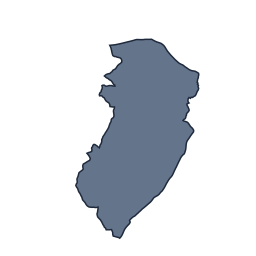 Emuhaya, Western, Kenya (orthographic projection), rotated 134°
{"feature_id": "3690345B95240919244140", "entity_name": "Emuhaya", "entity_type": "district", "adm_level": 2, "iso_a3": "KEN", "parent_name": "Kenya", "parent_adm1": "Western", "projection": "orthographic", "projection_center": [34.617, 0.08], "detail": "fine", "context": "isolated", "style": "filled", "palette": "slate", "viewbox_px": 256, "rotation_deg": 134, "n_neighbors": 0, "source": "geoboundaries", "source_scale": "gbopen_adm2", "svg_char_len": 4440}
<svg xmlns="http://www.w3.org/2000/svg" viewBox="0 0 256 256"><g transform="rotate(134 128 128)"><path d="M216.0,63.5L215.4,62.5L214.8,61.4L214.0,59.9L213.2,58.4L213.0,57.4L211.1,57.5L209.5,57.8L208.0,58.3L206.9,58.7L205.4,59.3L204.0,59.8L202.3,60.2L200.6,60.4L198.6,60.5L197.4,60.5L195.8,60.5L194.1,61.1L193.5,62.6L192.4,62.8L191.0,62.8L189.5,62.7L188.0,62.5L186.7,62.0L185.4,61.9L184.2,61.9L182.3,61.7L180.9,61.7L179.7,61.6L178.2,61.5L176.3,61.5L175.0,61.3L173.4,61.1L172.3,61.0L170.5,60.8L168.7,60.7L167.0,60.5L165.1,60.4L163.8,60.5L162.1,60.7L160.5,61.0L158.8,60.7L157.1,60.2L156.0,59.8L154.0,59.6L152.1,59.8L151.0,59.8L149.6,59.7L148.4,59.9L147.1,60.1L145.4,60.5L143.6,61.0L142.4,61.4L141.0,61.8L139.6,62.1L137.2,62.7L135.6,62.9L134.5,63.0L132.9,63.0L131.1,63.3L129.0,64.0L126.8,64.8L125.0,65.4L123.9,65.8L122.3,66.2L121.0,66.7L118.9,67.4L116.6,68.2L115.1,68.6L113.8,69.1L112.3,69.5L111.2,69.7L109.3,69.8L107.6,69.6L106.4,70.0L105.4,70.5L104.2,71.1L102.9,71.9L101.9,72.7L101.0,73.4L100.1,74.2L98.6,75.3L97.2,76.1L95.9,76.5L94.4,76.8L92.9,77.0L91.3,77.3L89.9,77.6L88.8,77.7L87.6,77.9L86.5,78.0L85.2,78.2L84.0,79.2L83.6,80.6L83.4,82.3L83.5,83.7L83.3,84.9L83.0,86.2L82.6,88.0L82.7,89.7L83.4,91.2L84.2,92.6L84.4,93.6L83.1,93.8L82.1,93.4L80.6,93.6L79.1,94.6L78.0,94.9L77.3,95.7L76.0,95.9L74.3,95.9L72.9,96.2L72.2,97.1L71.7,98.3L71.1,99.6L70.7,101.1L69.9,102.3L68.7,101.9L67.6,101.5L67.5,102.8L66.6,104.0L65.2,105.0L63.7,105.3L63.3,103.7L62.0,103.9L61.2,102.8L59.4,102.5L58.0,102.0L56.6,102.4L55.1,103.0L53.5,103.6L51.9,103.9L50.4,104.7L49.6,106.4L48.3,107.0L48.3,108.4L47.1,108.8L47.1,110.0L45.8,110.8L44.7,111.7L43.1,112.3L41.9,113.3L40.6,114.0L39.6,115.3L40.0,117.3L40.6,119.3L41.4,120.4L42.5,122.0L43.3,123.9L43.6,125.2L43.8,126.6L44.0,127.8L44.3,129.4L44.4,130.6L44.6,132.4L45.2,133.9L45.6,135.2L45.9,136.4L46.0,138.5L46.1,141.9L45.9,146.9L45.8,148.4L45.5,151.3L45.3,153.1L44.9,154.7L44.4,156.5L44.0,158.1L43.8,159.8L43.9,161.1L44.1,162.8L44.9,164.7L45.6,166.1L46.1,167.1L46.5,168.2L47.1,170.0L47.5,171.6L47.8,172.7L49.5,174.3L51.0,175.9L52.5,177.4L54.0,178.6L55.3,179.9L56.2,180.9L57.3,182.1L58.3,183.2L59.7,184.1L61.7,185.2L63.8,186.5L66.0,187.9L68.4,189.4L70.8,190.9L73.3,192.5L75.2,193.8L77.1,195.1L81.2,198.6L81.7,197.2L82.2,196.0L82.9,194.9L83.7,193.6L84.4,192.7L85.2,191.4L85.9,190.3L86.4,189.2L86.1,187.6L85.0,186.2L84.6,185.0L83.7,183.6L83.0,182.2L83.0,181.0L83.6,179.6L84.9,178.3L86.8,178.3L88.4,178.7L90.3,178.8L92.3,178.4L94.1,178.1L96.0,178.7L97.2,179.0L98.5,178.6L100.1,178.9L101.4,178.9L102.7,179.9L104.7,180.9L107.0,181.1L106.9,180.0L106.9,178.6L106.3,176.8L106.2,174.8L105.7,173.4L105.8,171.8L106.2,170.2L106.6,168.8L106.3,167.3L107.0,166.5L108.1,167.7L108.9,169.3L109.7,170.1L110.5,171.0L111.7,171.7L112.7,172.3L113.5,173.3L113.6,174.7L114.6,175.8L115.6,176.2L116.6,174.7L118.0,173.8L119.5,173.4L120.5,172.5L122.0,172.7L123.9,171.9L124.6,170.8L123.8,170.1L123.0,169.0L123.2,167.4L122.8,166.1L123.5,164.0L123.8,162.4L123.6,160.8L123.2,159.4L123.8,157.4L125.1,155.9L124.5,155.0L123.4,153.5L122.3,152.3L123.4,151.4L125.1,150.9L126.2,150.0L127.1,148.8L128.2,147.4L128.9,146.6L130.0,146.0L131.1,145.8L132.2,146.1L133.4,146.0L134.3,145.3L135.3,144.6L136.7,144.3L138.7,143.5L140.4,142.6L142.1,142.0L143.8,141.6L145.5,141.2L147.3,140.9L148.6,140.5L149.8,140.3L151.7,140.0L153.0,139.3L154.5,138.9L155.5,137.9L156.4,137.2L158.0,136.5L159.7,136.2L161.2,135.3L162.2,134.9L162.4,136.6L162.4,137.8L162.7,139.3L162.9,140.4L163.8,141.3L165.1,141.1L166.1,140.5L167.3,140.5L168.2,139.8L168.7,138.8L170.0,137.9L171.6,138.4L173.0,139.3L174.7,140.0L174.9,138.1L175.2,136.5L175.6,135.3L176.2,133.8L178.0,133.1L179.4,133.6L180.7,134.0L181.8,134.2L183.3,134.6L185.0,135.1L186.5,134.4L187.5,133.3L188.5,131.8L190.3,131.6L191.8,131.9L193.1,132.1L194.2,132.2L195.3,131.6L196.2,131.1L197.6,130.3L198.8,129.9L200.3,129.2L201.8,127.3L203.1,126.4L204.2,126.3L205.6,125.6L206.2,124.0L206.4,122.6L207.0,121.2L207.7,120.0L208.2,118.7L208.5,116.9L209.1,115.4L209.5,114.3L209.8,113.2L210.5,112.0L211.2,110.8L211.3,109.6L211.4,108.3L211.5,107.0L212.0,105.4L212.3,103.8L212.2,102.5L211.9,101.2L211.1,100.1L210.0,98.7L208.8,97.7L208.2,96.6L206.8,95.2L205.7,94.6L206.8,93.5L208.9,92.1L210.1,91.2L211.3,90.7L212.1,89.6L213.0,88.1L213.2,86.1L213.2,84.2L213.5,83.1L213.8,81.8L214.3,80.4L214.9,78.8L215.2,77.3L215.8,76.1L215.6,74.6L216.4,73.0L214.3,70.8L212.5,69.3L213.8,66.4L215.2,65.0L216.0,63.5Z" fill="#64748b" stroke="#1e293b" stroke-width="1.5"/></g></svg>